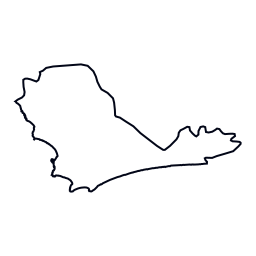 Piriápolis, Maldonado, Uruguay (Mercator projection)
{"feature_id": "84410073B95190776679231", "entity_name": "Piriápolis", "entity_type": "district", "adm_level": 2, "iso_a3": "URY", "parent_name": "Uruguay", "parent_adm1": "Maldonado", "projection": "mercator", "projection_center": [-55.248, -34.845], "detail": "fine", "context": "isolated", "style": "outline", "palette": "ink", "viewbox_px": 256, "rotation_deg": 0, "n_neighbors": 0, "source": "geoboundaries", "source_scale": "gbopen_adm2", "svg_char_len": 5334}
<svg xmlns="http://www.w3.org/2000/svg" viewBox="0 0 256 256"><path d="M15.4,101.4L15.8,101.6L16.3,102.6L16.9,103.1L17.7,103.5L18.2,103.9L18.7,104.4L19.0,104.6L19.7,105.3L20.1,105.8L20.3,106.1L20.3,106.4L20.6,107.6L20.6,107.9L20.9,108.3L21.0,109.3L21.2,109.7L21.3,110.1L21.8,110.6L21.7,110.7L21.8,110.9L21.7,111.1L22.0,111.1L22.3,111.3L22.5,111.5L22.6,111.8L22.4,112.6L22.5,112.8L22.8,113.0L23.2,113.0L23.8,113.4L24.2,113.7L24.4,114.1L24.3,114.3L24.4,114.6L24.1,114.9L24.2,115.2L24.7,115.1L24.8,115.3L25.0,115.2L25.1,115.5L25.5,116.2L25.4,116.6L25.1,116.6L24.9,117.0L25.0,117.5L25.3,117.6L25.5,117.8L25.4,118.1L25.8,118.4L26.1,118.4L26.1,118.6L26.4,118.7L26.6,119.1L26.5,119.6L26.3,119.8L26.5,120.0L26.7,120.4L27.9,121.0L28.3,121.1L29.3,121.5L29.8,121.8L30.2,122.1L30.6,122.4L31.4,123.2L31.9,123.5L32.4,124.1L33.4,125.0L34.1,126.1L34.2,126.3L34.4,126.6L34.4,126.9L34.0,127.3L33.8,128.0L34.1,129.3L33.3,131.7L32.8,132.0L32.5,133.4L32.9,134.4L32.6,135.4L32.7,136.0L33.2,136.4L33.4,136.9L33.7,137.1L33.8,137.4L34.3,138.2L34.5,138.9L34.1,139.4L34.2,139.5L35.1,138.6L35.6,138.5L39.1,139.2L39.6,139.3L39.8,139.5L39.9,139.8L40.2,139.8L40.9,140.0L42.3,140.3L43.1,140.7L43.0,140.9L43.7,141.1L44.5,141.4L44.7,141.6L45.4,141.9L46.1,142.1L46.2,142.3L46.4,142.6L47.2,142.9L47.7,143.2L47.6,143.4L48.7,143.8L49.1,144.1L49.1,144.3L50.0,144.8L50.6,145.3L50.7,145.5L51.8,146.1L52.7,147.0L53.4,147.8L53.9,148.3L54.4,148.7L54.7,149.1L55.5,150.2L55.7,150.6L56.2,151.6L56.4,152.2L56.9,153.3L57.6,156.0L56.8,157.0L56.6,157.0L56.4,157.4L56.1,158.0L54.9,159.9L52.7,159.7L52.6,159.8L53.9,160.0L53.9,160.4L53.7,161.1L53.9,161.1L53.7,162.3L53.2,162.6L52.9,162.3L52.2,161.6L51.7,161.1L51.4,160.7L51.7,159.6L51.8,159.4L51.9,159.2L51.7,159.2L51.6,159.3L51.4,159.8L51.2,160.4L51.2,160.7L51.2,160.8L51.3,161.0L52.2,162.2L52.4,162.5L52.7,162.6L52.8,162.8L53.5,163.2L53.7,163.3L53.7,163.5L53.6,164.6L53.7,165.2L53.9,165.6L54.1,165.9L54.3,166.2L54.4,166.5L54.5,166.6L54.3,167.0L54.2,167.0L53.9,167.0L54.0,167.4L54.2,167.6L54.6,167.7L54.7,167.8L54.7,168.0L54.6,168.5L54.6,169.0L54.3,169.5L54.1,169.7L54.0,170.0L53.8,170.2L53.7,170.3L53.4,170.4L53.2,170.6L53.3,170.7L53.1,170.8L52.8,171.5L52.7,171.9L52.6,172.1L52.8,172.2L52.8,172.4L52.6,172.6L52.5,172.8L52.5,173.1L52.2,173.3L52.2,173.7L52.2,174.3L51.8,174.9L52.1,175.0L52.3,175.1L52.4,175.3L52.4,175.6L52.6,175.8L52.8,175.7L52.9,176.0L53.0,176.3L53.5,176.4L54.1,176.3L54.3,176.1L54.5,176.2L54.6,176.5L55.0,176.5L55.5,176.0L55.7,175.8L55.9,175.5L56.0,175.4L57.1,175.5L57.5,175.6L58.6,175.6L58.8,175.7L58.9,175.8L59.1,175.8L59.3,175.8L60.4,176.0L60.7,176.2L61.7,176.5L62.0,176.7L62.3,176.9L63.1,177.2L63.5,177.3L63.9,177.3L64.0,177.3L64.4,177.4L64.6,177.4L64.8,177.5L65.2,177.8L65.8,178.0L67.6,178.5L68.1,178.7L68.7,179.2L69.5,179.6L70.5,180.4L71.0,181.0L71.2,181.4L71.6,181.9L71.9,182.3L72.2,183.0L72.3,183.6L72.3,184.0L71.9,184.5L71.4,184.7L71.1,185.1L70.4,186.6L70.4,187.1L70.1,187.5L70.2,187.9L70.0,188.4L70.1,188.5L70.0,189.2L69.8,189.7L69.9,189.9L69.8,190.8L70.4,191.5L71.5,191.6L72.8,191.4L73.4,190.8L73.8,190.5L74.1,190.2L74.5,189.9L75.1,189.7L76.2,189.2L77.9,188.5L79.7,188.0L81.1,187.7L83.0,187.5L84.7,187.4L86.3,187.5L87.3,187.8L88.1,188.2L88.7,188.6L89.1,189.4L88.9,190.5L89.2,191.1L90.0,191.1L90.7,191.4L91.5,191.4L92.2,191.0L92.8,190.5L94.3,189.6L95.0,189.0L96.9,187.1L97.3,186.6L97.7,186.0L98.5,185.5L99.6,185.1L100.6,184.3L101.3,184.4L102.0,184.0L102.8,183.3L104.9,182.3L110.0,179.9L117.4,177.1L120.1,176.4L122.6,175.4L124.2,174.9L125.2,174.9L129.4,173.4L132.4,172.5L132.8,172.6L133.6,172.2L136.1,171.6L138.3,170.9L138.8,171.0L141.4,170.2L142.5,170.2L143.5,169.8L145.2,169.5L146.9,169.2L147.3,169.4L148.2,169.1L150.7,168.6L152.6,168.2L153.7,168.2L155.7,167.9L156.0,167.7L156.9,167.8L157.7,167.7L158.2,167.5L160.2,167.2L160.8,167.3L161.0,167.3L161.4,167.1L161.6,167.2L162.4,167.0L162.7,166.9L163.2,166.8L163.5,166.9L163.7,167.0L164.2,166.8L164.6,166.7L164.9,166.8L165.2,167.0L165.4,166.9L165.7,166.8L165.9,166.7L166.3,166.7L167.4,166.4L168.9,166.1L169.6,166.2L170.0,166.2L170.3,165.9L171.1,165.6L180.4,165.1L180.7,165.0L181.1,165.1L181.5,165.2L181.8,165.1L182.0,165.1L182.3,165.0L183.2,164.8L184.1,165.0L184.4,164.9L188.7,164.6L189.5,164.5L190.2,164.7L191.1,164.5L191.5,164.7L193.0,164.4L193.5,164.6L198.2,164.4L199.9,164.2L200.4,164.3L201.4,164.0L202.7,164.0L203.7,163.8L206.9,163.6L207.0,161.8L205.5,160.2L204.8,158.3L206.0,157.7L212.1,157.9L216.7,156.1L225.3,153.6L233.2,151.2L238.4,146.4L240.6,143.9L240.6,142.7L239.6,141.9L236.3,141.5L232.6,141.3L230.9,140.4L231.4,138.8L235.0,136.1L234.6,134.0L232.4,133.7L229.2,133.8L225.0,134.1L222.9,133.3L221.0,131.3L219.4,129.1L217.0,128.6L215.3,129.9L212.3,131.7L208.6,132.5L206.0,132.0L205.2,127.1L203.2,126.4L200.5,127.0L198.5,131.0L198.4,134.6L196.3,136.4L195.0,135.7L192.6,133.5L190.0,130.5L189.4,127.1L187.2,126.8L183.4,128.9L180.5,130.3L178.8,132.7L178.3,136.2L176.5,139.3L170.1,145.8L164.8,149.9L163.2,149.9L157.0,145.9L140.4,133.1L133.4,126.3L125.8,121.5L119.9,117.6L116.0,116.5L115.1,115.3L114.9,110.1L114.1,102.6L113.0,98.3L107.6,92.9L101.5,89.4L99.8,86.7L97.4,81.8L95.9,76.6L93.4,71.3L87.7,65.8L81.0,64.4L53.1,66.5L46.2,67.9L42.9,70.7L39.8,72.1L40.3,74.1L38.4,80.0L36.4,81.5L33.9,80.6L30.4,79.3L27.2,78.6L25.1,78.7L23.3,79.8L23.3,82.3L23.6,86.9L24.6,92.0L24.1,95.3L22.0,97.5L17.8,99.6L15.4,101.4Z" fill="none" stroke="#020617" stroke-width="2"/></svg>